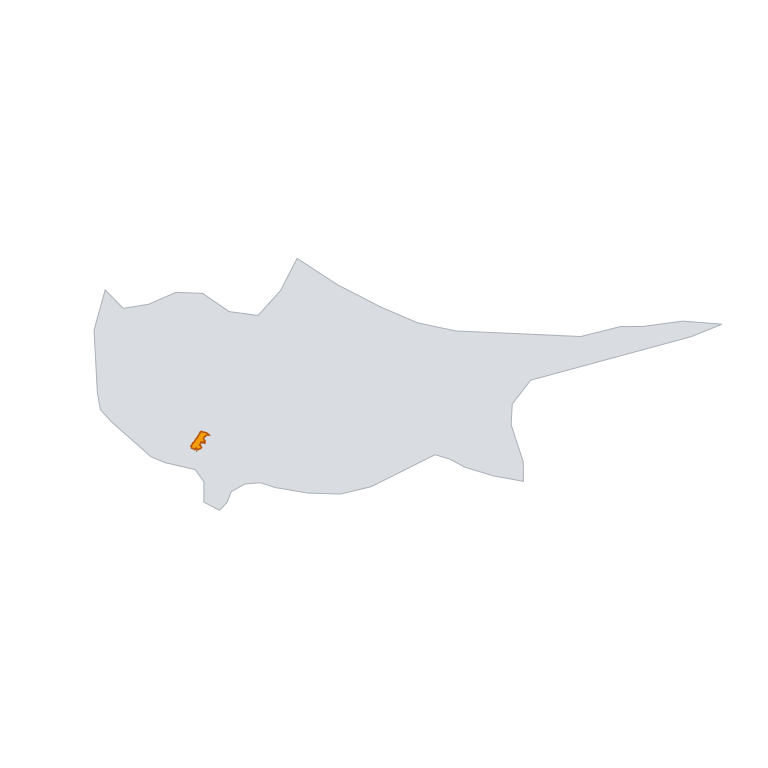 location of Pano Kivides, Limassol, Cyprus, rotated 21°
{"feature_id": "46923920B16350634137742", "entity_name": "Pano Kivides", "entity_type": "district", "adm_level": 2, "iso_a3": "CYP", "parent_name": "Cyprus", "parent_adm1": "Limassol", "projection": "orthographic", "projection_center": [32.846, 34.75], "detail": "fine", "context": "in_parent", "style": "filled", "palette": "amber", "viewbox_px": 768, "rotation_deg": 21, "n_neighbors": 0, "source": "geoboundaries", "source_scale": "gbopen_adm2", "svg_char_len": 2522}
<svg xmlns="http://www.w3.org/2000/svg" viewBox="0 0 768 768"><g transform="rotate(21 384 384)"><path d="M541.8,406.6L549.0,424.9L519.2,430.6L489.3,432.7L472.6,430.5L457.0,431.7L408.8,484.5L382.7,502.4L351.6,513.2L319.8,519.6L303.9,520.5L289.9,527.2L280.0,539.3L279.8,551.2L275.6,560.9L258.2,558.9L250.9,539.8L238.5,531.6L207.6,535.9L192.5,535.4L143.2,517.0L128.3,509.5L119.1,493.9L94.0,437.6L90.0,396.1L113.5,406.8L135.6,394.0L156.9,373.0L182.2,364.4L198.0,368.2L213.6,371.9L241.8,365.2L253.9,333.9L257.9,297.9L305.4,308.1L353.6,313.3L393.1,314.9L431.9,308.8L550.6,269.2L583.9,245.8L604.6,237.7L640.5,218.2L678.0,207.1L654.2,229.4L519.5,327.9L510.9,356.7L517.3,376.5L536.7,400.4L541.8,406.6Z" fill="#d9dde1" stroke="#a8b0b8" stroke-width="1"/><path d="M236.3,508.5L235.9,508.3L235.6,508.0L235.2,507.7L235.0,507.3L234.4,507.2L233.8,507.1L233.6,506.7L233.8,506.2L234.0,505.7L234.2,505.4L234.2,504.7L233.8,504.3L233.8,504.0L234.0,503.8L234.5,503.8L234.8,503.6L234.9,503.3L235.4,503.4L235.8,503.9L236.2,503.9L236.4,503.6L236.7,503.1L236.6,502.7L236.6,502.2L236.9,502.2L237.2,502.4L237.5,502.7L237.7,503.0L237.8,503.5L238.0,503.5L238.0,503.1L237.8,502.5L237.6,502.0L237.5,501.5L237.3,501.3L237.2,501.1L236.7,500.8L236.3,500.9L235.8,500.3L235.3,500.0L235.0,499.4L235.1,498.7L235.3,498.3L235.2,497.7L235.5,497.4L235.9,497.1L236.0,497.1L236.1,496.7L236.2,496.0L236.7,495.6L237.3,494.9L238.2,494.8L238.6,494.6L239.0,494.3L238.8,494.3L238.5,494.1L237.9,493.8L237.2,493.6L236.5,493.3L235.7,493.3L235.0,493.3L234.7,493.3L234.2,493.3L233.5,493.4L233.1,493.4L232.6,493.7L232.0,493.7L231.5,493.7L230.9,493.6L230.4,493.6L230.4,494.1L230.1,494.4L229.9,494.6L229.5,495.0L229.5,495.4L229.8,495.7L229.8,496.2L229.5,496.7L229.5,497.0L229.5,497.5L229.3,497.8L229.2,498.2L229.2,498.6L229.0,499.2L229.1,499.6L228.8,500.0L228.7,500.7L229.1,501.1L228.8,501.5L228.5,502.1L227.9,503.0L228.0,503.8L227.8,504.4L227.7,505.0L227.8,505.4L227.7,506.0L227.4,506.4L227.1,507.0L226.9,507.1L226.5,507.5L226.4,508.0L226.7,508.4L226.7,509.1L226.5,509.5L226.4,510.1L226.3,510.3L226.3,510.9L225.9,511.2L226.2,511.6L226.8,511.8L227.0,512.3L227.2,512.8L227.3,512.8L227.9,512.9L228.4,513.0L228.7,512.7L229.0,512.5L229.7,512.5L230.3,512.6L230.6,513.2L231.2,512.8L231.3,512.3L231.4,512.0L231.6,511.5L231.7,510.9L232.3,511.2L232.6,511.5L232.9,512.1L233.1,512.6L233.2,512.0L233.4,511.9L233.9,511.7L234.6,511.3L234.8,510.8L235.1,510.6L235.5,510.3L235.9,510.0L236.1,509.7L236.2,509.1L236.2,508.6L236.3,508.5Z" fill="#f59e0b" stroke="#b45309" stroke-width="1.5"/></g></svg>